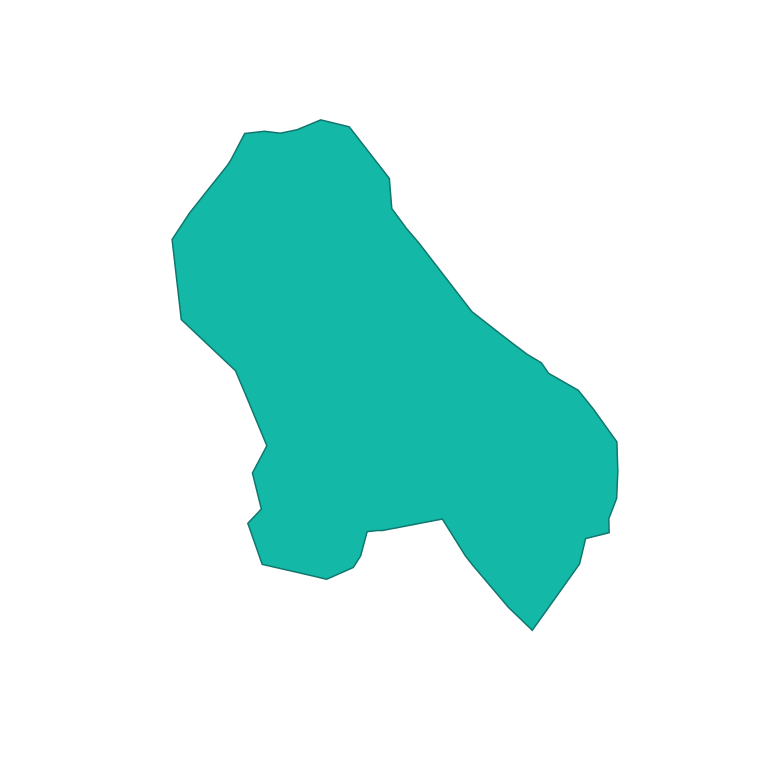 the district of O'lziit, Dundgovi, Mongolia, rotated 245°
{"feature_id": "93677404B68241634882173", "entity_name": "O'lziit", "entity_type": "district", "adm_level": 2, "iso_a3": "MNG", "parent_name": "Mongolia", "parent_adm1": "Dundgovi", "projection": "robinson", "projection_center": [106.642, 44.794], "detail": "fine", "context": "isolated", "style": "filled", "palette": "teal", "viewbox_px": 768, "rotation_deg": 245, "n_neighbors": 0, "source": "geoboundaries", "source_scale": "gbopen_adm2", "svg_char_len": 842}
<svg xmlns="http://www.w3.org/2000/svg" viewBox="0 0 768 768"><g transform="rotate(245 384 384)"><path d="M296.2,557.4L324.1,537.7L336.6,535.6L350.5,526.2L366.9,517.5L381.0,510.2L412.5,494.2L497.1,475.2L515.8,470.0L539.7,465.2L568.0,475.7L631.7,461.2L650.1,438.3L651.2,412.6L655.1,396.1L663.6,382.4L669.9,363.6L652.0,340.2L648.4,334.5L639.0,315.7L637.2,312.0L621.1,279.9L604.5,253.0L530.5,228.3L528.1,227.5L458.8,255.0L433.0,254.1L377.5,251.7L358.9,227.1L354.1,226.2L322.5,220.0L315.3,201.7L272.0,197.4L258.3,215.0L242.4,235.4L232.3,248.2L231.3,249.4L230.7,278.6L238.1,290.2L257.3,306.3L254.0,316.1L251.9,320.5L237.0,379.8L193.9,385.1L181.9,387.9L128.9,402.4L98.1,414.3L138.2,485.1L158.7,501.4L154.1,525.2L166.9,530.8L182.0,546.5L205.8,558.9L233.1,570.6L272.6,563.2L296.2,557.4Z" fill="#14b8a6" stroke="#0f766e" stroke-width="1.5"/></g></svg>